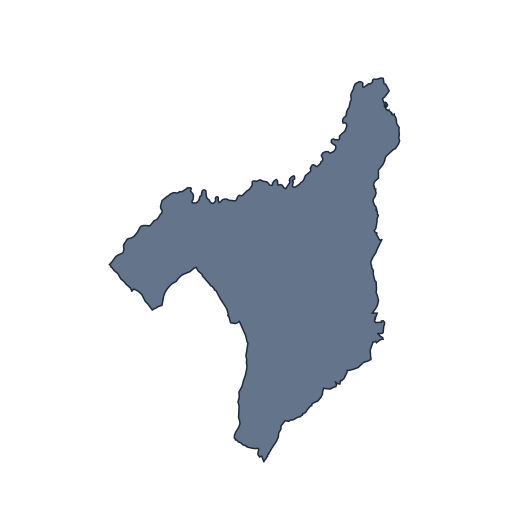 Brosteni, Mehedinti, Romania, rotated 282°
{"feature_id": "2599482B37322909384444", "entity_name": "Brosteni", "entity_type": "district", "adm_level": 2, "iso_a3": "ROU", "parent_name": "Romania", "parent_adm1": "Mehedinti", "projection": "natural_earth1", "projection_center": [22.98, 44.752], "detail": "fine", "context": "isolated", "style": "filled", "palette": "slate", "viewbox_px": 512, "rotation_deg": 282, "n_neighbors": 0, "source": "geoboundaries", "source_scale": "gbopen_adm2", "svg_char_len": 6128}
<svg xmlns="http://www.w3.org/2000/svg" viewBox="0 0 512 512"><g transform="rotate(282 256 256)"><path d="M456.2,343.5L456.1,341.1L453.9,337.4L453.5,334.4L452.4,333.5L450.6,333.8L448.0,332.1L447.8,330.3L443.5,326.4L443.6,325.4L444.0,325.1L447.2,324.6L448.2,322.8L448.0,320.9L446.4,318.7L444.6,317.1L441.1,316.5L439.8,316.6L434.5,315.3L432.8,315.3L428.7,316.7L426.7,316.1L420.2,316.1L419.3,315.4L415.8,314.6L411.9,315.0L409.2,312.9L407.4,312.5L406.0,312.6L404.2,313.5L404.2,314.1L404.9,315.4L404.5,316.4L403.1,317.5L401.5,317.7L398.0,317.3L395.9,316.5L392.8,314.0L390.5,312.7L388.0,313.3L387.1,313.0L386.5,311.7L386.6,310.1L386.0,309.2L386.6,307.5L385.9,306.2L385.0,305.7L382.7,306.0L381.1,309.0L380.9,310.3L380.0,311.2L377.2,311.6L374.3,310.2L372.2,307.4L372.0,307.0L373.0,305.0L373.0,304.2L372.5,302.3L370.7,299.9L367.8,299.0L365.5,300.9L363.7,301.3L362.6,301.0L361.6,300.0L359.9,299.8L356.3,297.3L356.2,296.2L356.8,295.2L357.2,293.0L356.5,292.0L353.3,290.9L352.7,290.9L351.6,291.8L350.0,291.6L344.9,287.6L340.3,286.8L338.2,285.8L337.3,284.7L335.3,283.6L332.6,281.1L331.5,279.8L331.1,278.7L331.8,277.0L335.7,277.1L336.4,276.9L336.8,276.1L337.3,276.0L339.4,277.8L341.8,277.1L342.3,276.2L340.7,274.3L338.7,273.0L336.7,272.9L336.1,273.5L334.8,273.8L328.1,271.1L328.3,269.4L330.7,266.9L330.9,264.9L330.1,263.5L330.2,262.6L334.4,261.2L335.0,259.8L332.7,257.8L330.7,257.1L329.0,257.3L328.2,256.0L328.3,254.4L330.3,252.2L330.7,251.2L330.7,247.0L331.4,244.6L331.1,243.7L329.2,241.1L329.1,238.7L328.4,237.3L327.7,236.9L324.3,237.5L319.6,235.6L318.1,233.8L312.3,230.0L311.8,229.1L312.0,227.4L311.4,226.5L310.2,225.8L306.7,225.1L305.8,224.3L305.4,223.5L305.2,219.7L304.8,218.1L305.6,215.7L305.0,212.9L303.7,211.2L301.3,209.9L300.6,208.8L302.6,207.5L305.4,206.9L305.9,205.7L305.8,205.3L305.6,204.9L304.2,204.2L301.8,205.0L300.2,204.5L298.7,203.4L298.3,202.2L299.1,200.1L301.1,198.6L301.8,196.9L302.6,196.0L304.1,195.0L309.3,193.4L310.0,191.9L309.6,190.7L308.4,189.9L306.0,189.7L303.9,190.1L302.6,188.8L298.3,188.5L295.4,186.4L294.8,182.9L295.0,182.4L296.1,182.0L298.3,182.7L301.8,182.4L303.7,181.3L305.7,178.8L306.3,178.4L308.5,178.7L309.1,177.9L308.5,175.1L308.1,174.4L307.0,173.7L303.5,170.2L303.0,167.8L301.6,166.5L301.1,165.4L301.0,162.7L300.3,161.3L298.6,159.1L296.7,157.9L295.8,156.7L290.7,152.6L284.6,152.3L282.5,153.1L281.4,154.4L279.9,155.0L278.2,154.7L276.9,153.8L272.9,152.4L270.8,151.1L269.2,148.9L263.9,146.3L263.1,144.8L263.0,142.1L262.3,139.3L261.3,137.4L259.9,136.6L254.2,134.9L250.0,132.7L247.5,130.0L246.5,127.5L245.7,126.6L239.2,124.1L234.7,125.5L232.2,125.4L230.8,124.5L228.0,120.5L226.2,118.9L220.0,116.2L217.2,114.4L216.3,115.9L215.0,116.5L214.4,118.0L212.4,120.0L210.1,124.5L205.6,128.4L203.4,132.4L201.4,134.8L198.3,140.2L195.9,141.7L196.2,142.3L197.7,142.7L198.2,144.0L197.0,148.3L194.4,152.5L188.5,157.2L186.6,160.2L181.6,165.8L182.6,166.6L184.8,169.6L186.1,170.6L188.2,174.3L197.6,174.0L201.9,174.7L205.4,176.0L210.8,179.0L214.7,183.3L217.5,184.4L220.9,186.6L223.1,188.9L227.0,194.7L231.0,197.8L232.5,199.8L229.2,202.7L227.1,206.6L226.0,207.8L225.4,207.7L218.2,217.3L217.6,217.6L217.1,219.4L215.3,222.0L214.3,222.2L213.6,224.3L206.8,229.9L200.1,236.7L197.7,238.7L193.4,241.0L192.0,240.7L190.9,242.2L185.4,245.0L185.7,250.0L186.6,251.4L188.5,253.4L176.2,262.3L170.0,265.2L169.1,266.2L156.1,266.9L152.8,268.4L149.3,268.9L146.3,270.1L142.3,270.4L137.3,270.4L130.9,269.6L125.9,269.5L119.3,267.6L114.4,269.0L109.7,268.7L105.5,270.7L94.4,272.5L91.3,274.3L88.5,275.2L84.9,274.7L79.3,272.7L76.1,272.2L73.6,272.6L73.0,273.6L71.9,274.0L71.9,275.5L70.4,277.4L70.2,279.8L68.5,282.8L68.3,285.2L67.5,286.6L67.8,286.9L67.3,287.7L67.2,292.2L67.5,295.9L68.2,297.2L68.1,298.3L67.7,298.7L66.5,298.9L63.0,298.9L62.0,299.3L60.1,301.3L61.5,303.1L56.6,306.3L55.8,306.3L58.0,306.9L60.2,308.1L61.3,308.2L62.5,309.0L63.2,308.8L64.4,309.0L65.2,309.7L65.7,309.6L71.2,311.4L78.7,314.4L83.3,315.5L87.9,315.0L91.7,316.4L95.1,315.8L101.0,318.8L101.1,322.5L102.7,323.7L103.1,325.5L104.2,327.4L106.7,329.9L108.2,333.0L109.4,333.5L110.0,334.5L111.6,334.6L111.6,335.0L113.4,337.1L116.1,338.0L120.6,340.5L121.1,341.6L123.2,341.6L125.8,344.7L126.7,346.4L131.2,348.9L134.5,349.7L137.9,349.4L140.6,349.7L141.2,356.1L144.2,359.9L144.8,361.2L146.6,361.6L149.0,360.2L148.1,362.6L148.2,364.7L151.4,364.5L151.9,364.8L151.8,365.7L154.6,367.6L160.8,369.2L163.0,368.9L163.1,369.9L165.2,374.4L168.2,379.2L173.5,382.7L175.2,384.7L176.1,386.8L178.7,389.9L180.1,389.7L180.7,389.2L187.8,387.3L196.1,388.4L197.3,390.8L196.2,391.8L199.3,394.3L200.6,396.0L201.0,397.6L202.5,396.9L203.4,394.3L204.3,393.1L205.2,392.7L204.7,391.9L205.6,391.5L206.4,395.3L207.4,396.3L213.5,395.6L216.1,395.9L217.9,395.5L219.1,393.8L218.5,392.2L217.3,392.5L215.8,386.8L216.9,385.6L218.1,385.3L218.6,385.8L219.7,385.3L220.0,385.8L220.9,385.3L221.2,385.8L225.3,386.5L224.4,381.6L228.6,383.6L232.8,385.0L237.9,385.1L242.5,382.9L245.1,381.1L248.5,380.8L255.5,378.9L256.0,378.5L256.4,377.5L262.0,374.7L266.7,373.5L268.1,371.9L271.2,370.8L272.0,370.1L274.4,369.6L279.1,370.6L284.3,372.6L287.1,372.9L298.1,375.7L298.2,375.2L297.2,374.7L297.8,372.8L298.6,372.5L301.2,370.3L301.8,369.2L303.5,369.6L304.1,367.5L305.4,366.4L307.9,367.5L315.0,367.2L317.4,366.7L321.4,367.2L321.9,366.1L324.8,365.4L325.9,363.7L326.2,363.8L326.3,364.4L326.8,364.3L329.2,362.9L330.3,361.4L334.0,359.1L335.6,358.9L339.2,360.1L342.5,360.4L344.5,359.4L346.4,359.2L346.4,357.8L348.4,357.5L349.8,356.3L352.4,356.3L353.7,356.8L357.7,359.6L365.5,357.9L372.4,361.4L376.6,362.1L377.9,361.9L380.8,362.6L388.9,368.4L389.6,369.6L390.8,370.4L395.5,372.2L398.6,372.5L401.2,371.1L404.5,371.0L408.2,369.8L411.4,369.3L414.7,366.1L419.3,364.6L421.0,363.5L421.6,362.5L423.6,361.7L422.5,360.2L423.2,359.6L423.0,359.3L424.5,358.8L424.3,358.3L425.6,356.4L425.8,355.7L426.6,355.6L425.8,354.7L426.4,353.8L426.2,353.0L428.0,351.8L428.8,350.6L430.3,350.1L430.9,350.6L430.1,351.5L429.1,351.3L428.6,352.3L429.5,353.1L430.3,352.5L430.8,352.8L431.1,353.3L432.7,351.9L432.9,351.5L432.5,351.0L433.2,350.6L432.3,349.4L436.2,347.0L438.6,349.0L445.2,351.9L450.9,347.2L451.3,345.4L456.2,343.5Z" fill="#64748b" stroke="#1e293b" stroke-width="1.5"/></g></svg>